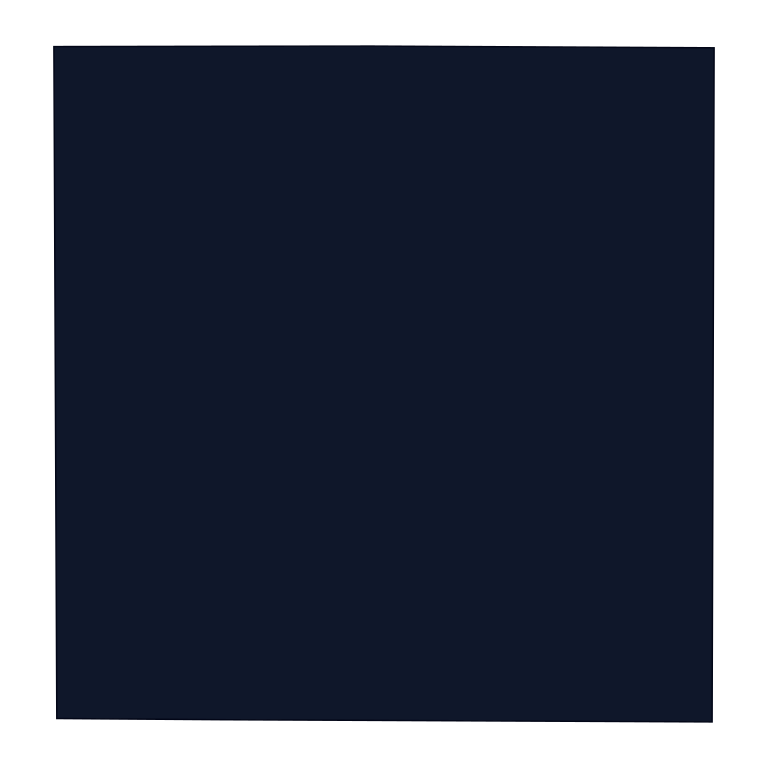 the district of Osceola, Michigan, United States of America
{"feature_id": "52423323B21410531256975", "entity_name": "Osceola", "entity_type": "district", "adm_level": 2, "iso_a3": "USA", "parent_name": "United States of America", "parent_adm1": "Michigan", "projection": "mercator", "projection_center": [-85.386, 43.989], "detail": "fine", "context": "isolated", "style": "filled", "palette": "ink", "viewbox_px": 768, "rotation_deg": 0, "n_neighbors": 0, "source": "geoboundaries", "source_scale": "gbopen_adm2", "svg_char_len": 220}
<svg xmlns="http://www.w3.org/2000/svg" viewBox="0 0 768 768"><path d="M53.9,46.6L56.8,718.5L221.9,719.7L712.1,721.9L714.1,47.8L371.8,46.1L220.1,46.3L53.9,46.6Z" fill="#0f172a" stroke="#020617" stroke-width="1.5"/></svg>